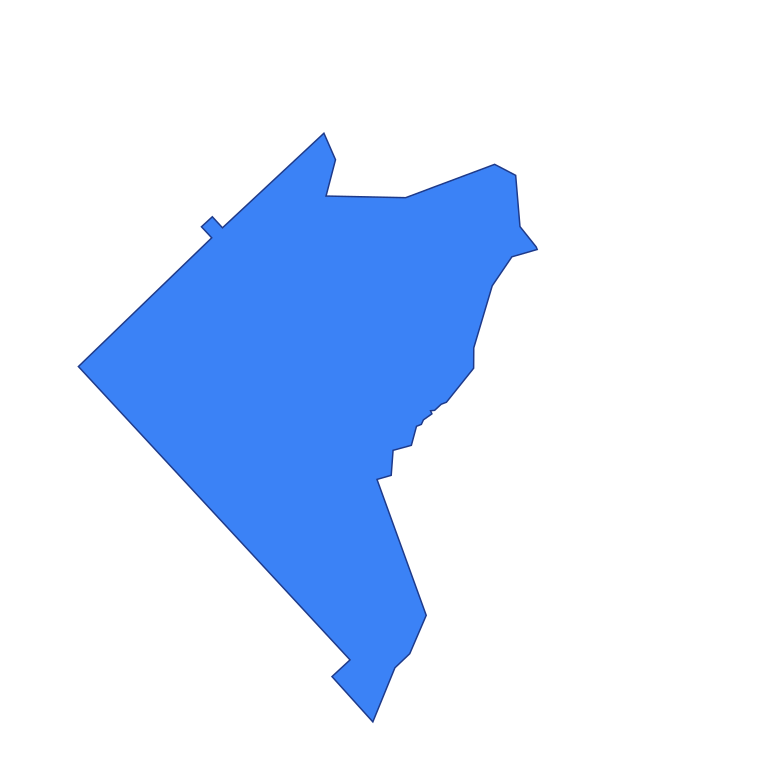 the district of Chattahoochee, Georgia, United States of America, rotated 137°
{"feature_id": "52423323B80240094400164", "entity_name": "Chattahoochee", "entity_type": "district", "adm_level": 2, "iso_a3": "USA", "parent_name": "United States of America", "parent_adm1": "Georgia", "projection": "orthographic", "projection_center": [-84.834, 32.378], "detail": "fine", "context": "isolated", "style": "filled", "palette": "blue", "viewbox_px": 768, "rotation_deg": 137, "n_neighbors": 0, "source": "geoboundaries", "source_scale": "gbopen_adm2", "svg_char_len": 627}
<svg xmlns="http://www.w3.org/2000/svg" viewBox="0 0 768 768"><g transform="rotate(137 384 384)"><path d="M549.1,169.2L510.9,186.0L454.2,319.0L441.0,312.3L422.6,329.3L405.8,320.5L389.1,330.9L384.2,329.0L379.6,330.9L369.3,329.5L368.2,332.7L364.9,330.2L356.0,330.2L350.8,328.1L307.7,334.4L293.7,349.2L237.9,382.0L203.7,389.8L180.2,377.9L179.2,380.5L177.2,406.4L145.4,446.8L153.3,469.2L212.0,493.5L241.1,505.5L298.2,561.0L266.5,581.1L256.9,608.4L395.6,608.4L395.5,623.4L410.3,623.5L410.3,608.4L595.6,605.2L597.0,205.4L621.6,205.5L622.6,144.5L569.6,169.0L549.1,169.2Z" fill="#3b82f6" stroke="#1e3a8a" stroke-width="1.5"/></g></svg>